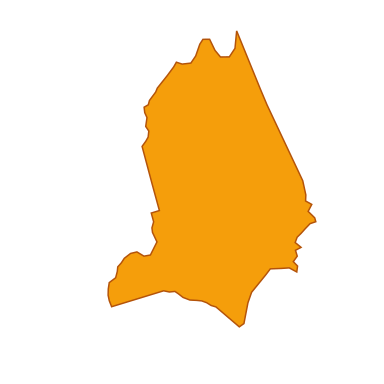 outline of Paim Filho, Rio Grande do Sul, Brazil, rotated 73°
{"feature_id": "56859067B93945017430500", "entity_name": "Paim Filho", "entity_type": "district", "adm_level": 2, "iso_a3": "BRA", "parent_name": "Brazil", "parent_adm1": "Rio Grande do Sul", "projection": "natural_earth1", "projection_center": [-51.772, -27.737], "detail": "fine", "context": "isolated", "style": "filled", "palette": "amber", "viewbox_px": 384, "rotation_deg": 73, "n_neighbors": 0, "source": "geoboundaries", "source_scale": "gbopen_adm2", "svg_char_len": 1194}
<svg xmlns="http://www.w3.org/2000/svg" viewBox="0 0 384 384"><g transform="rotate(73 192 192)"><path d="M299.1,115.2L293.7,112.7L288.2,115.5L284.1,110.1L278.0,110.1L276.8,103.9L270.5,108.1L266.0,104.7L263.4,99.7L260.3,94.6L256.8,88.4L256.6,82.3L252.6,82.2L244.5,86.6L238.9,81.1L233.8,86.0L228.1,84.0L213.6,82.8L172.2,88.8L130.5,94.8L114.0,96.5L51.0,102.2L67.2,108.9L73.7,116.8L71.2,125.3L63.3,128.6L51.1,130.5L49.2,136.9L52.9,141.3L63.0,148.7L68.4,155.4L66.8,164.0L63.3,169.0L67.0,172.9L73.5,181.7L82.5,194.8L85.8,197.5L92.0,205.9L95.8,208.3L96.9,213.0L102.3,214.0L107.7,213.3L115.8,217.1L121.1,215.5L126.7,217.9L130.0,221.4L133.8,226.4L172.9,227.8L200.2,228.6L200.2,237.1L209.3,237.4L214.6,240.8L219.1,241.6L229.5,240.1L240.1,250.2L239.3,256.7L233.2,262.2L232.8,268.7L235.6,276.1L239.1,280.3L241.9,284.9L246.2,286.7L251.7,290.1L254.4,297.6L260.2,300.4L266.2,302.4L271.8,302.9L278.2,302.4L278.2,248.0L281.0,242.9L282.1,237.4L285.2,234.9L290.2,231.4L294.7,225.6L297.1,219.0L299.0,214.5L302.2,210.3L306.1,206.9L308.9,202.7L334.8,186.2L333.0,180.8L314.3,170.9L305.3,164.3L292.6,145.4L288.4,139.6L291.2,128.9L293.0,121.2L299.1,115.2Z" fill="#f59e0b" stroke="#b45309" stroke-width="1.5"/></g></svg>